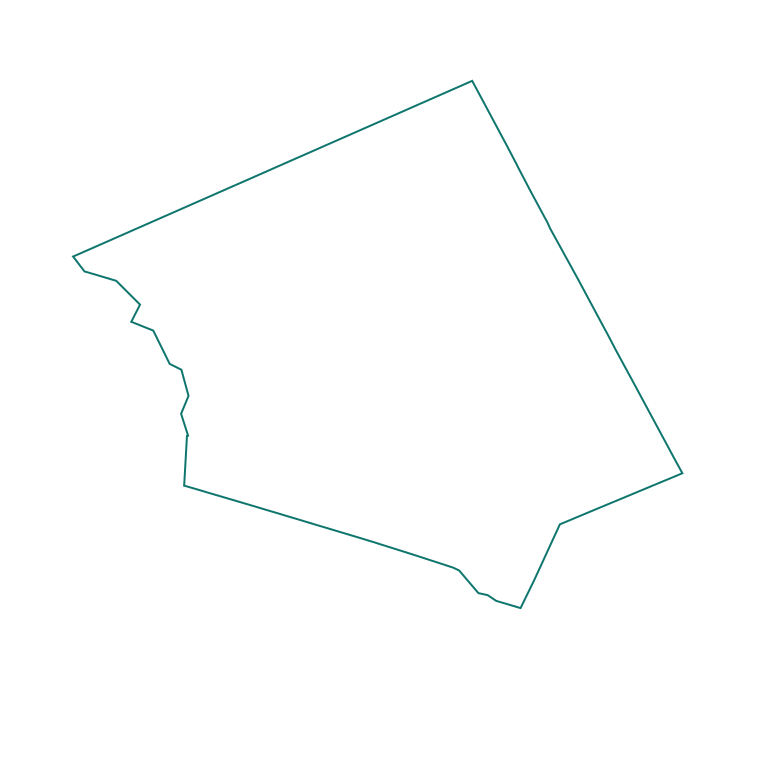 outline of Union, North Carolina, United States of America, rotated 241°
{"feature_id": "52423323B12415258614636", "entity_name": "Union", "entity_type": "district", "adm_level": 2, "iso_a3": "USA", "parent_name": "United States of America", "parent_adm1": "North Carolina", "projection": "albers", "projection_center": [-80.585, 35.011], "detail": "fine", "context": "isolated", "style": "outline", "palette": "teal", "viewbox_px": 768, "rotation_deg": 241, "n_neighbors": 0, "source": "geoboundaries", "source_scale": "gbopen_adm2", "svg_char_len": 982}
<svg xmlns="http://www.w3.org/2000/svg" viewBox="0 0 768 768"><g transform="rotate(241 384 384)"><path d="M434.1,186.5L392.4,160.2L392.0,159.9L377.1,174.7L376.2,175.5L346.1,205.2L313.7,236.9L312.9,237.7L295.4,254.7L256.5,292.7L252.4,296.6L252.1,296.9L251.8,297.3L244.3,304.3L243.8,304.8L218.8,328.5L189.8,355.5L184.5,359.3L155.3,365.2L149.1,372.3L139.9,377.0L121.8,394.8L139.3,419.8L153.0,438.5L153.3,438.9L176.0,469.8L171.8,507.9L163.6,581.0L161.8,597.0L161.3,601.7L179.8,601.8L185.4,601.9L227.2,602.4L267.3,602.9L279.4,603.0L302.2,603.2L304.1,603.3L321.4,603.7L321.5,603.7L325.9,603.7L381.5,604.5L439.3,604.7L446.8,605.3L452.9,605.3L484.3,605.7L487.0,605.8L500.0,606.1L508.3,606.3L514.2,606.6L515.3,606.5L516.6,606.6L532.6,607.0L579.1,607.7L606.4,608.1L625.7,397.4L627.7,375.3L646.2,173.9L627.7,176.6L604.1,199.8L571.7,209.1L560.9,193.1L542.6,208.1L505.5,206.3L494.7,213.7L468.4,207.3L456.3,192.1L433.8,187.6L434.1,186.5Z" fill="none" stroke="#0f766e" stroke-width="2"/></g></svg>